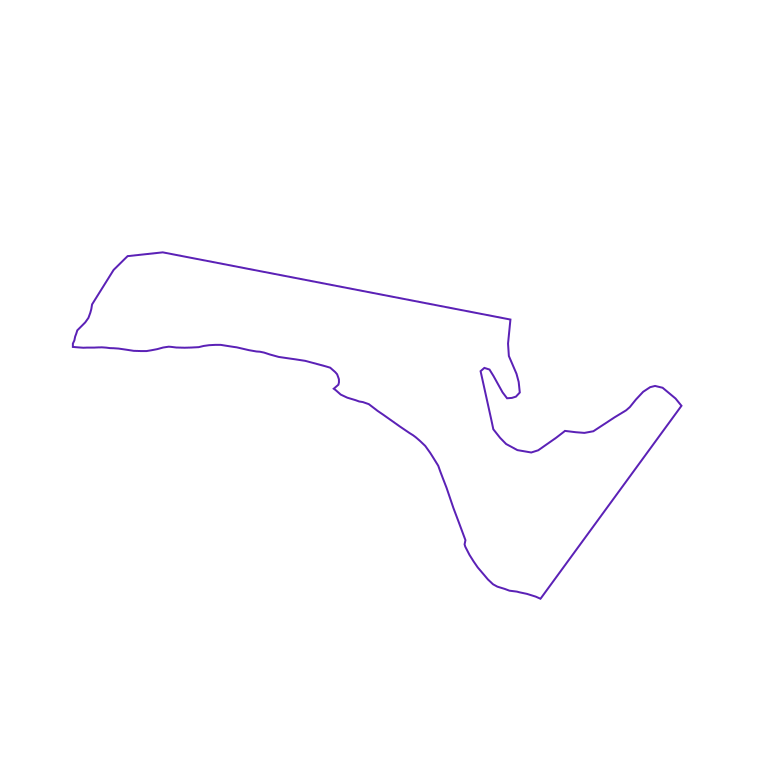 Village, Choiseul, Saint Lucia (Mercator projection), rotated 319°
{"feature_id": "8701671B35560062727781", "entity_name": "Village", "entity_type": "district", "adm_level": 2, "iso_a3": "LCA", "parent_name": "Saint Lucia", "parent_adm1": "Choiseul", "projection": "mercator", "projection_center": [-61.05, 13.775], "detail": "fine", "context": "isolated", "style": "outline", "palette": "violet", "viewbox_px": 768, "rotation_deg": 319, "n_neighbors": 0, "source": "geoboundaries", "source_scale": "gbopen_adm2", "svg_char_len": 1894}
<svg xmlns="http://www.w3.org/2000/svg" viewBox="0 0 768 768"><g transform="rotate(319 384 384)"><path d="M594.2,595.6L594.5,586.2L591.8,569.6L587.3,563.3L582.8,561.0L574.5,559.9L563.9,561.0L554.4,562.7L549.4,562.7L536.0,560.4L511.0,557.0L503.2,552.4L497.0,546.1L489.8,538.1L488.7,538.1L478.6,537.5L456.9,535.2L450.2,532.3L441.3,521.4L436.8,509.4L436.3,500.8L436.8,489.9L441.3,481.8L459.1,449.1L465.3,437.7L470.3,437.7L473.1,442.3L471.9,449.7L468.0,468.1L467.5,475.5L471.4,478.4L475.3,480.1L480.9,479.5L487.0,470.8L490.7,463.2L496.6,444.8L504.1,434.9L521.7,418.3L303.4,139.5L274.4,119.3L270.5,119.5L254.8,120.5L215.9,132.4L212.3,135.4L209.0,137.6L204.3,140.2L198.9,141.5L190.4,142.1L187.7,142.3L184.8,144.1L182.0,145.6L179.0,147.9L175.7,149.4L173.5,151.9L177.0,155.5L180.9,159.4L184.5,162.3L189.3,166.5L192.7,169.2L195.3,171.4L198.2,174.3L200.8,177.2L203.5,179.7L206.9,183.1L211.9,188.9L216.9,194.8L222.2,199.7L226.3,203.3L230.7,206.0L235.7,208.9L241.3,211.6L246.0,214.6L247.4,216.0L251.2,220.2L257.3,225.8L262.3,229.9L268.3,234.6L272.9,237.0L277.5,240.0L282.5,243.9L286.4,247.3L290.5,252.2L294.8,257.3L296.9,259.7L304.3,269.9L309.1,275.8L311.5,278.2L314.1,281.6L317.2,286.8L322.3,294.5L329.7,303.1L333.1,307.0L339.7,314.8L351.5,332.3L354.1,336.4L355.0,343.0L355.0,345.9L353.8,349.1L353.1,350.8L351.1,353.2L349.1,354.6L343.0,354.6L343.5,356.8L344.4,363.6L347.3,370.2L351.9,377.5L353.8,380.9L356.2,383.8L359.3,389.2L360.3,394.0L361.6,400.4L363.2,406.4L368.0,426.1L371.1,437.8L372.3,441.7L373.0,444.9L373.8,450.4L374.5,457.7L373.7,466.2L373.0,470.8L371.3,481.3L369.1,486.9L366.6,493.7L363.1,503.4L355.0,523.2L349.7,537.5L343.0,555.3L339.6,557.9L338.6,560.1L336.4,569.1L335.2,576.8L334.4,583.9L334.2,599.7L334.9,606.7L336.6,611.3L340.7,617.9L343.1,622.3L348.1,627.9L349.6,630.1L354.2,636.2L359.0,644.0L361.2,648.7L362.3,648.5L594.2,595.6Z" fill="none" stroke="#5b21b6" stroke-width="2"/></g></svg>